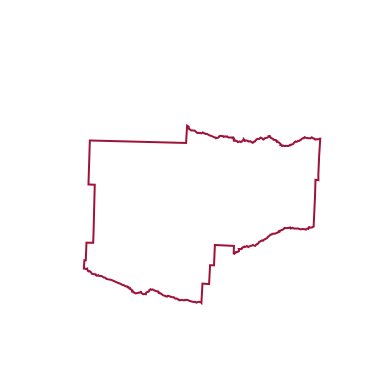 outline of Rauch, Buenos Aires, Argentina, rotated 229°
{"feature_id": "61730980B69505463407693", "entity_name": "Rauch", "entity_type": "district", "adm_level": 2, "iso_a3": "ARG", "parent_name": "Argentina", "parent_adm1": "Buenos Aires", "projection": "mercator", "projection_center": [-59.036, -36.602], "detail": "fine", "context": "isolated", "style": "outline", "palette": "rose", "viewbox_px": 384, "rotation_deg": 229, "n_neighbors": 0, "source": "geoboundaries", "source_scale": "gbopen_adm2", "svg_char_len": 5948}
<svg xmlns="http://www.w3.org/2000/svg" viewBox="0 0 384 384"><g transform="rotate(229 192 192)"><path d="M297.9,148.7L265.6,118.8L261.3,123.4L226.0,91.1L218.5,84.1L223.0,79.1L210.1,67.0L211.1,66.0L205.2,60.2L204.6,60.9L203.5,61.3L203.0,62.6L202.6,62.2L200.3,61.7L199.7,62.0L199.7,62.6L199.3,62.9L198.1,63.1L196.8,63.0L196.2,62.7L194.3,64.0L194.0,64.5L193.7,64.6L193.2,65.3L192.3,64.9L191.4,65.1L190.9,65.7L191.0,66.0L190.7,66.8L190.3,66.9L189.8,66.8L189.5,67.0L187.8,68.7L186.7,69.0L186.3,69.0L185.5,69.3L184.2,70.4L183.2,70.3L182.3,70.5L178.7,73.4L171.8,76.6L171.4,76.6L171.1,77.1L169.7,77.8L167.6,78.5L167.0,78.9L166.6,79.4L165.2,79.7L164.0,80.4L163.5,81.0L162.4,80.8L161.9,81.7L160.2,81.4L160.0,82.1L159.5,81.9L157.8,82.1L157.0,82.5L156.8,82.4L156.7,81.9L156.3,81.5L155.9,82.1L155.6,82.0L155.2,82.3L154.6,82.0L153.8,82.4L153.3,82.8L152.4,83.0L151.6,84.5L151.3,84.7L151.2,85.5L150.5,86.2L150.2,87.9L149.9,88.0L149.2,87.5L147.1,88.0L146.6,88.4L146.4,88.9L146.0,89.5L145.1,90.1L145.2,90.3L145.9,91.1L146.1,91.6L146.1,92.0L145.7,93.3L145.3,93.5L145.2,93.9L145.6,95.2L146.0,95.7L145.9,95.9L145.9,96.2L145.6,96.6L145.7,97.0L144.6,97.4L144.3,98.3L143.5,98.8L142.5,98.9L140.7,100.0L139.0,101.3L138.6,101.3L138.1,100.6L137.9,100.6L137.7,100.6L137.5,101.0L136.5,101.3L136.3,101.7L135.8,101.7L135.5,102.0L133.0,102.4L132.6,102.7L131.4,103.4L131.1,103.7L130.5,103.7L129.7,104.2L129.4,104.6L129.5,104.9L129.7,105.1L129.7,105.3L129.2,105.6L128.9,106.3L126.4,107.4L125.4,108.2L124.6,109.2L122.9,109.3L122.1,109.8L121.9,110.4L121.6,110.6L120.9,110.9L120.5,110.8L119.2,111.5L119.0,111.3L118.6,111.3L117.1,113.8L116.3,114.2L115.7,114.7L115.1,115.4L115.2,115.8L115.0,116.2L113.3,117.9L112.4,118.3L111.3,118.7L110.8,119.2L109.6,119.8L109.4,120.1L108.0,121.0L107.7,121.7L107.2,121.9L107.0,122.4L105.8,122.6L105.5,122.8L105.5,123.4L105.1,124.3L104.6,125.3L102.7,126.4L102.2,126.4L116.0,139.8L111.3,144.5L124.9,157.6L122.2,160.5L137.0,174.5L123.8,188.3L118.2,183.1L117.6,183.4L117.6,184.7L117.5,185.2L117.9,185.7L117.2,186.9L116.8,187.1L116.8,187.7L116.5,188.4L116.5,188.6L116.9,188.9L117.2,189.4L117.7,189.8L118.2,190.0L117.3,191.0L116.8,191.9L116.5,192.0L116.6,192.9L117.0,193.2L116.9,194.1L116.5,194.8L116.5,195.6L116.1,195.6L115.8,195.9L115.4,196.9L115.3,197.8L114.7,198.2L114.3,198.1L114.0,198.3L113.5,198.4L113.5,199.1L113.3,199.5L113.0,200.7L112.2,202.1L112.1,203.2L111.7,203.3L109.9,204.3L110.2,206.5L109.7,207.0L109.7,207.5L109.9,208.2L109.9,209.1L110.2,209.4L110.3,209.6L110.0,210.7L110.0,211.4L109.7,212.1L109.7,212.8L109.4,213.3L108.9,213.4L108.6,213.7L108.8,215.1L108.3,216.7L108.0,218.5L108.1,219.4L108.4,219.9L108.2,221.5L108.3,223.3L108.0,223.8L107.8,223.9L107.6,224.3L107.8,225.0L107.5,225.3L107.0,226.4L106.2,227.1L106.2,227.5L105.9,227.8L105.6,228.6L105.6,229.2L105.5,229.3L105.0,230.6L105.4,231.5L104.7,231.6L104.5,231.8L104.5,232.0L104.9,232.3L105.1,233.0L104.8,233.4L104.6,234.6L104.1,235.4L104.1,236.0L103.9,236.9L104.3,238.2L104.1,238.4L103.6,238.7L102.7,239.6L102.5,240.0L102.0,240.5L101.8,241.2L101.4,241.4L100.8,242.9L100.3,242.8L100.1,242.4L99.6,242.5L99.2,244.1L99.0,244.4L98.7,244.6L98.2,244.6L97.2,245.3L96.6,246.2L95.6,247.1L95.3,247.7L93.7,248.9L93.1,249.0L92.4,249.7L91.9,250.7L90.6,252.1L88.9,253.3L89.1,253.7L89.1,254.0L88.7,255.2L87.8,255.6L88.1,256.5L88.5,256.7L88.7,257.0L88.4,257.6L87.5,257.8L87.2,258.3L86.4,259.5L86.4,260.4L86.3,260.8L86.1,261.1L107.7,281.7L120.2,293.2L119.0,294.1L118.7,295.1L118.2,295.3L122.4,298.9L136.6,312.4L148.1,323.8L148.6,323.1L148.6,322.6L149.2,321.4L149.7,321.1L150.2,320.3L150.5,320.2L150.8,319.3L151.3,319.2L151.9,319.3L152.4,319.2L153.2,318.5L154.5,318.3L154.8,318.1L154.8,317.8L154.7,316.9L155.0,316.3L155.9,315.5L156.2,315.1L156.8,314.7L157.8,313.7L159.4,313.0L159.3,312.7L159.5,312.2L159.2,311.9L159.2,311.6L159.8,311.0L160.0,310.3L160.0,308.5L160.3,308.1L160.1,306.6L161.0,305.6L161.0,304.4L161.3,303.8L161.8,303.6L161.9,303.3L162.3,303.2L162.3,302.5L162.2,302.0L162.4,301.4L162.3,301.2L162.0,300.3L161.9,299.6L162.6,298.0L162.6,297.3L163.2,297.2L163.3,297.0L163.0,296.4L163.7,294.6L164.1,294.3L164.9,293.4L165.4,293.0L165.4,292.8L166.3,291.6L167.2,291.3L167.4,291.0L167.6,290.2L168.1,290.0L168.4,290.0L168.5,290.3L169.4,289.6L169.6,290.2L170.1,290.4L171.4,290.1L171.8,290.2L172.8,289.9L173.9,289.3L174.0,289.2L174.2,289.4L174.3,289.0L174.5,289.1L175.3,289.1L175.7,289.3L176.2,289.4L176.7,288.8L177.3,288.5L177.6,288.0L177.8,287.9L178.0,287.8L178.4,288.0L178.8,288.0L181.0,287.0L181.4,287.1L182.0,286.9L182.7,287.5L183.3,287.4L183.5,286.8L183.9,286.4L183.6,286.1L183.5,284.8L184.9,282.0L184.6,280.8L184.7,280.3L185.9,280.0L186.5,280.1L187.4,279.8L188.0,279.5L188.1,279.2L187.9,277.5L188.9,276.5L189.2,276.1L189.4,275.1L189.1,274.1L189.2,273.5L188.8,272.9L189.1,272.0L189.4,271.7L189.5,271.4L189.1,270.7L189.4,270.0L190.6,269.6L191.8,269.5L192.2,268.8L192.7,268.5L193.1,267.7L194.1,267.6L195.4,266.7L195.9,266.0L195.8,265.4L196.1,265.2L196.9,265.2L197.2,265.0L197.4,265.2L197.4,265.7L198.1,265.7L197.7,265.1L197.5,264.1L197.5,262.1L197.7,261.6L198.1,261.6L199.0,261.0L199.3,259.7L199.6,259.3L201.3,259.3L202.1,258.4L202.8,258.4L203.0,258.2L203.2,257.8L203.0,257.5L203.2,257.3L203.4,257.5L204.2,257.7L204.7,258.7L205.1,258.6L205.8,259.0L206.4,258.8L206.5,257.8L207.6,257.3L208.6,255.8L209.1,255.6L209.7,255.0L210.1,254.8L210.9,255.0L211.3,254.2L211.9,253.8L212.0,253.5L212.3,253.4L212.6,252.9L212.7,252.1L212.9,252.0L213.8,252.1L214.0,252.0L214.4,251.3L215.2,250.9L216.0,250.0L215.9,249.3L216.2,248.8L215.9,248.2L215.9,247.2L216.3,246.7L216.4,246.1L216.8,245.7L216.9,245.3L217.7,245.4L219.4,244.3L220.9,243.8L223.2,242.4L226.1,241.4L226.7,240.5L227.3,240.1L228.0,240.1L228.4,239.6L229.9,239.2L230.1,237.6L230.6,237.2L231.4,236.8L231.9,236.0L232.7,235.3L233.1,234.7L236.6,234.3L237.2,233.6L238.0,233.0L238.2,232.7L238.9,231.8L240.6,231.5L241.1,231.1L241.3,231.3L241.9,231.5L242.5,231.4L243.4,232.3L245.3,231.8L232.9,219.7L297.9,148.7Z" fill="none" stroke="#9f1239" stroke-width="2"/></g></svg>